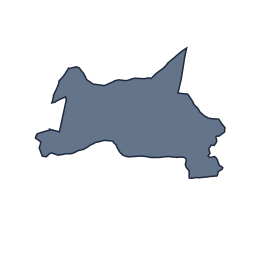 Ikpoba-Okha, Edo, Nigeria (Robinson projection), rotated 248°
{"feature_id": "59680162B29680565367836", "entity_name": "Ikpoba-Okha", "entity_type": "district", "adm_level": 2, "iso_a3": "NGA", "parent_name": "Nigeria", "parent_adm1": "Edo", "projection": "robinson", "projection_center": [5.629, 6.182], "detail": "fine", "context": "isolated", "style": "filled", "palette": "slate", "viewbox_px": 256, "rotation_deg": 248, "n_neighbors": 0, "source": "geoboundaries", "source_scale": "gbopen_adm2", "svg_char_len": 2445}
<svg xmlns="http://www.w3.org/2000/svg" viewBox="0 0 256 256"><g transform="rotate(248 128 128)"><path d="M62.7,198.8L64.8,198.9L66.9,198.6L69.2,197.5L69.4,195.9L69.8,193.6L71.0,192.1L72.2,191.8L73.7,194.5L75.7,194.8L78.6,195.1L80.0,197.4L81.0,198.7L79.5,201.3L81.1,203.8L82.8,205.5L84.8,205.8L86.5,206.0L87.3,206.9L86.4,209.4L88.1,216.0L92.1,218.0L98.0,216.2L102.2,215.5L104.9,209.8L107.1,206.2L111.2,203.0L115.9,200.7L120.3,200.1L124.4,198.1L128.8,197.8L137.0,196.1L141.1,188.4L141.7,187.4L143.7,188.9L153.8,195.9L172.6,207.2L177.3,210.4L180.2,212.3L179.2,207.4L178.1,203.6L177.0,200.2L176.3,198.5L175.5,196.0L174.4,192.6L173.3,189.2L171.5,186.3L170.0,182.5L169.2,179.1L168.9,177.8L168.1,174.9L165.2,167.7L166.6,166.4L167.7,161.3L171.7,152.8L172.1,149.4L172.1,147.3L172.5,144.3L173.5,142.2L176.1,137.5L176.8,133.2L176.4,131.1L176.4,129.0L176.1,121.8L176.8,120.9L181.9,112.0L188.5,107.7L192.2,107.6L195.5,107.2L201.3,105.4L202.4,105.0L204.2,102.8L205.0,96.5L205.8,95.3L204.4,93.6L203.4,91.9L201.6,89.7L199.8,86.7L198.8,84.6L197.4,81.6L195.6,80.7L193.1,78.5L191.3,76.7L186.6,71.5L181.6,68.4L179.8,66.7L179.3,69.8L179.8,72.6L180.0,74.7L180.3,81.8L177.0,81.2L160.5,70.0L150.2,63.0L150.8,62.1L156.3,54.8L155.3,54.6L155.7,52.4L156.4,45.7L156.4,45.0L156.6,41.4L156.3,41.1L155.7,40.6L155.0,39.5L154.6,39.3L154.0,39.4L153.3,38.4L148.2,41.8L146.1,41.0L143.7,38.9L142.8,38.2L134.1,38.0L131.9,41.4L132.5,43.0L133.3,44.7L133.7,46.4L133.5,47.1L133.3,48.1L130.7,51.0L128.9,53.2L128.5,55.3L127.9,57.5L127.8,57.9L127.8,58.1L127.7,58.7L127.5,60.4L126.8,62.1L126.4,63.4L125.6,65.1L125.5,65.7L125.3,67.3L125.3,67.6L125.3,69.8L125.7,73.1L125.3,76.1L124.9,78.2L125.3,82.5L126.4,87.1L126.4,90.1L126.8,92.6L126.4,94.3L126.1,95.6L125.7,99.9L125.0,102.4L123.5,105.0L122.5,107.5L121.0,109.2L119.9,109.2L116.6,110.6L114.0,110.6L111.1,111.0L110.0,111.0L107.1,111.9L105.2,112.8L104.1,113.7L101.9,116.2L100.8,118.4L99.4,122.6L97.5,128.5L96.4,131.0L94.5,134.5L92.0,138.3L89.8,143.8L88.7,146.8L88.0,149.8L86.9,153.2L86.1,155.6L84.1,158.8L83.7,160.1L83.1,161.2L82.3,162.6L81.5,165.6L79.9,168.8L78.4,170.1L77.0,170.1L75.9,169.7L72.9,167.6L70.7,167.2L67.8,167.7L65.6,168.6L64.5,168.2L61.9,167.3L60.5,166.5L58.6,166.1L57.3,168.8L56.6,172.7L55.5,174.4L54.8,176.9L53.0,182.9L52.3,185.9L51.7,187.7L51.1,189.7L50.6,191.3L50.2,192.3L50.9,193.3L53.9,195.6L54.3,198.7L54.5,199.8L55.6,201.0L56.5,200.7L59.4,198.6L62.7,198.8Z" fill="#64748b" stroke="#1e293b" stroke-width="1.5"/></g></svg>